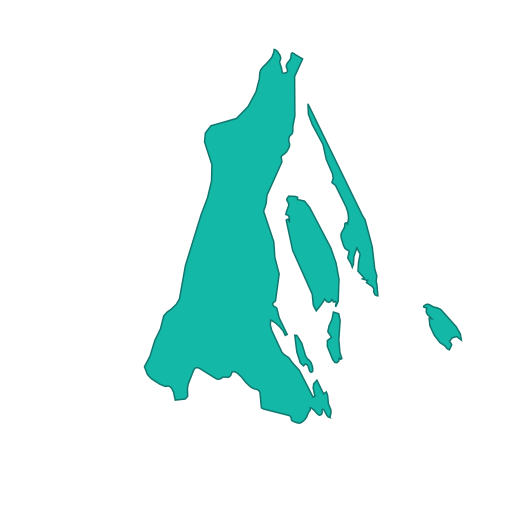 an SVG outline of Splitsko-Dalmatinska, rotated 244°
{"feature_id": "HRV-1492", "entity_name": "Splitsko-Dalmatinska", "entity_type": "County", "adm_level": 1, "iso_a3": "HRV", "parent_name": "Croatia", "parent_adm1": "", "projection": "natural_earth1", "projection_center": [16.561, 43.491], "detail": "fine", "context": "isolated", "style": "filled", "palette": "teal", "viewbox_px": 512, "rotation_deg": 244, "n_neighbors": 0, "source": "natural_earth", "source_scale": "10m", "svg_char_len": 4566}
<svg xmlns="http://www.w3.org/2000/svg" viewBox="0 0 512 512"><g transform="rotate(244 256 256)"><path d="M205.4,107.2L212.3,116.7L224.4,128.0L232.4,138.2L242.6,146.8L244.5,151.4L245.4,156.6L247.5,163.2L251.0,168.4L278.4,188.4L317.5,225.1L329.5,237.9L337.4,244.4L342.9,248.9L357.3,256.4L381.2,259.8L388.8,264.5L392.8,272.6L388.2,298.8L393.8,314.4L403.4,327.8L413.5,336.5L418.5,339.4L421.1,341.6L422.8,345.0L424.9,351.3L427.7,357.4L431.5,361.5L433.7,362.8L433.4,363.4L432.1,364.2L430.4,365.0L425.9,365.5L424.1,365.3L422.7,364.8L421.7,364.0L420.8,362.8L420.1,362.4L418.9,362.0L413.8,361.3L409.5,360.1L408.6,360.3L408.0,361.1L407.6,363.9L407.8,364.8L408.4,365.4L409.6,365.8L412.5,366.1L413.8,366.7L415.0,367.8L415.9,369.3L417.2,372.0L417.9,373.2L419.1,374.3L421.7,376.0L422.6,376.7L422.7,377.7L421.2,378.9L419.6,379.7L412.7,384.3L400.4,369.4L364.8,352.3L356.3,345.9L352.2,343.9L350.3,342.5L348.8,338.4L346.9,336.8L344.4,335.7L342.0,335.3L340.3,334.5L338.6,332.7L336.1,328.9L335.6,327.5L334.8,323.5L334.4,322.3L333.3,321.8L330.1,320.9L329.1,320.4L305.8,292.5L298.9,288.2L296.3,285.9L294.5,283.9L292.6,282.4L260.9,278.2L246.4,272.3L229.6,268.9L207.2,253.9L206.8,253.1L206.6,251.7L206.0,250.3L204.7,249.7L203.1,250.0L200.9,251.5L199.7,251.8L190.3,249.7L171.8,249.7L171.8,247.5L176.7,247.5L182.3,246.2L187.7,244.0L192.0,241.2L187.9,238.7L182.2,237.5L158.3,237.1L155.4,237.9L150.8,240.6L149.0,241.2L144.5,241.8L134.3,244.8L104.2,245.4L104.2,247.5L112.3,249.5L115.8,251.8L117.7,256.3L102.5,256.3L103.0,259.6L99.4,259.3L91.4,256.3L84.9,255.9L82.1,254.6L78.6,251.8L78.3,251.8L79.8,250.3L82.4,249.8L87.8,249.6L89.0,248.9L88.9,248.1L88.2,247.7L87.0,247.2L85.7,246.4L84.9,245.4L84.9,243.4L85.9,242.5L87.9,241.7L90.2,241.2L94.4,239.6L95.6,238.8L95.8,238.1L94.6,237.8L93.7,237.1L92.4,234.6L89.0,230.8L87.8,228.7L86.9,226.3L86.4,222.8L87.1,221.1L88.2,219.6L91.1,216.9L92.5,216.1L93.8,216.1L95.1,216.7L96.3,216.6L97.8,216.2L114.9,196.0L117.0,194.4L118.1,194.6L131.7,199.8L134.1,199.5L135.8,198.2L137.8,195.8L139.6,194.4L141.5,193.4L146.9,191.4L153.7,189.9L159.5,187.6L161.7,185.7L162.2,183.8L161.2,182.4L159.9,181.1L159.4,180.0L159.0,178.3L161.5,173.6L161.7,172.9L161.4,171.9L161.2,170.4L161.7,167.9L163.3,166.3L180.2,155.7L181.8,153.7L181.8,151.6L180.5,149.7L170.7,139.0L168.5,137.3L166.7,136.2L159.9,133.1L159.1,131.3L158.5,129.6L161.9,120.2L169.6,122.2L173.9,122.2L176.5,121.3L177.5,120.3L178.0,118.9L178.5,117.3L183.0,113.3L191.3,108.3L194.8,107.1L197.2,106.5L205.4,107.2ZM198.7,320.4L179.2,310.0L175.3,305.2L177.3,306.4L178.6,307.6L180.3,307.6L180.5,305.6L181.2,305.3L182.3,305.5L183.7,305.2L182.3,303.0L182.5,301.0L184.1,299.5L187.1,298.9L183.7,293.3L180.3,286.1L185.5,285.9L187.1,286.1L197.1,289.8L244.9,291.4L275.1,298.9L275.1,301.0L271.7,301.0L274.4,302.2L276.7,302.9L278.7,302.6L280.2,301.0L282.4,302.7L287.1,307.6L289.7,308.4L291.9,308.1L293.7,308.6L295.5,311.6L292.4,317.3L290.6,319.2L288.6,318.0L284.1,323.7L276.0,325.5L230.3,326.8L214.4,324.8L198.7,320.4ZM246.3,369.4L240.6,369.9L213.3,364.5L192.4,357.1L185.0,355.8L180.6,352.9L177.8,352.3L166.8,348.1L167.8,346.7L169.0,346.0L171.7,345.9L174.8,347.5L177.6,347.1L183.7,343.6L185.2,345.9L185.9,344.6L188.7,341.7L188.7,343.6L197.7,341.0L205.2,345.3L212.1,350.4L219.1,350.2L212.4,343.6L205.8,339.9L203.6,337.6L207.2,338.0L214.1,337.6L219.1,341.7L220.1,341.6L222.5,339.9L224.2,339.3L227.3,339.3L234.6,340.4L238.0,341.7L239.7,343.3L241.2,345.7L243.2,348.3L246.3,350.2L246.4,351.6L246.1,352.0L245.4,352.0L244.6,352.3L249.4,355.8L254.9,357.7L260.7,358.5L284.6,358.4L288.7,356.4L292.1,359.5L296.7,360.8L312.0,361.5L326.8,365.1L349.4,364.2L360.6,365.3L370.0,369.4L308.2,369.4L246.3,369.4ZM134.5,386.6L135.6,385.3L136.6,384.3L137.5,384.8L137.9,387.7L137.2,389.6L135.5,391.1L132.6,393.0L129.7,396.5L126.8,398.7L104.8,404.9L96.4,405.5L90.4,403.7L95.7,401.0L96.4,396.2L94.4,392.5L92.0,393.0L90.4,393.0L86.9,388.7L87.9,387.8L89.0,387.2L90.2,386.8L92.0,386.6L97.7,383.3L107.1,381.5L116.9,381.7L124.2,384.3L123.0,385.9L122.5,386.6L128.2,384.4L131.3,384.5L134.5,386.6ZM171.7,301.0L167.9,305.0L161.2,303.4L144.6,293.8L132.4,289.1L126.2,288.2L126.0,286.8L126.4,286.4L127.0,286.4L127.7,286.1L125.3,284.3L124.6,282.0L125.8,280.2L129.4,279.5L143.5,280.5L148.7,283.1L149.8,288.2L156.5,287.4L161.2,291.0L165.6,296.4L171.7,301.0ZM151.7,250.6L157.6,252.6L167.8,256.1L166.7,257.9L157.4,258.9L144.7,256.8L141.1,257.1L139.0,258.2L136.0,258.8L132.1,258.3L129.0,257.3L127.3,256.1L127.4,254.4L129.2,253.8L130.3,253.9L131.9,254.2L135.2,254.6L137.4,253.1L136.4,250.5L140.4,249.0L151.7,250.6Z" fill="#14b8a6" stroke="#0f766e" stroke-width="1.5"/></g></svg>